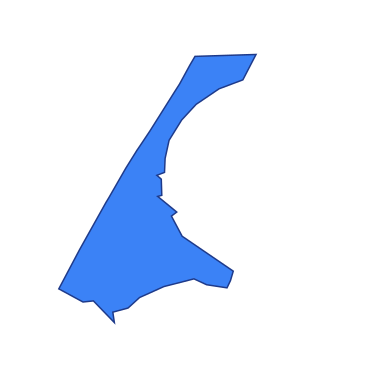 Pickett, Tennessee, United States of America, rotated 297°
{"feature_id": "52423323B56559053703278", "entity_name": "Pickett", "entity_type": "district", "adm_level": 2, "iso_a3": "USA", "parent_name": "United States of America", "parent_adm1": "Tennessee", "projection": "natural_earth1", "projection_center": [-85.035, 36.517], "detail": "fine", "context": "isolated", "style": "filled", "palette": "blue", "viewbox_px": 384, "rotation_deg": 297, "n_neighbors": 0, "source": "geoboundaries", "source_scale": "gbopen_adm2", "svg_char_len": 642}
<svg xmlns="http://www.w3.org/2000/svg" viewBox="0 0 384 384"><g transform="rotate(297 192 192)"><path d="M210.3,124.8L204.0,124.0L183.1,122.2L149.2,120.5L143.9,120.1L89.5,118.0L45.2,117.3L44.5,144.8L50.2,153.6L40.4,182.1L49.0,176.0L59.6,187.7L74.2,193.2L95.0,209.9L115.5,233.2L116.0,247.1L122.5,266.7L130.5,266.5L140.2,264.7L148.1,203.3L161.2,184.6L167.2,187.5L172.5,163.4L175.3,166.6L189.5,158.8L190.9,153.1L197.0,158.6L209.7,152.8L227.7,148.1L251.5,150.1L272.0,155.9L296.3,169.3L315.0,186.4L343.6,186.6L314.2,133.1L304.1,132.5L282.6,131.9L273.4,131.0L227.3,126.8L210.3,124.8Z" fill="#3b82f6" stroke="#1e3a8a" stroke-width="1.5"/></g></svg>